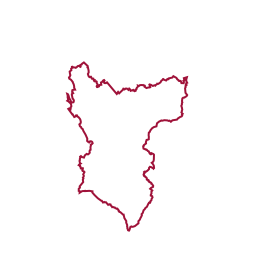 Chom Bueng, Ratchaburi, Thailand (Albers equal-area conic projection), rotated 233°
{"feature_id": "78962969B91114195507687", "entity_name": "Chom Bueng", "entity_type": "district", "adm_level": 2, "iso_a3": "THA", "parent_name": "Thailand", "parent_adm1": "Ratchaburi", "projection": "albers", "projection_center": [99.539, 13.612], "detail": "fine", "context": "isolated", "style": "outline", "palette": "rose", "viewbox_px": 256, "rotation_deg": 233, "n_neighbors": 0, "source": "geoboundaries", "source_scale": "gbopen_adm2", "svg_char_len": 5851}
<svg xmlns="http://www.w3.org/2000/svg" viewBox="0 0 256 256"><g transform="rotate(233 128 128)"><path d="M133.1,205.6L134.2,202.6L132.3,201.7L132.3,200.6L131.1,200.4L130.3,199.4L131.7,197.7L133.6,198.4L134.5,197.9L134.5,197.4L135.2,196.9L136.3,197.0L137.3,196.6L137.7,196.8L139.0,196.8L142.1,195.4L141.6,193.8L143.1,190.4L142.6,189.7L142.9,189.0L143.4,188.8L143.0,187.0L144.8,185.9L145.9,185.6L146.0,185.3L145.6,184.8L145.7,183.1L144.9,181.4L145.0,178.8L145.8,178.0L145.5,177.6L145.7,175.8L145.4,175.3L146.3,174.7L146.5,173.5L146.8,173.0L148.5,172.4L149.8,171.5L149.8,171.2L147.2,170.3L147.3,169.8L148.1,168.7L148.8,166.8L150.9,166.1L151.4,166.8L151.7,166.8L151.9,166.3L152.7,166.3L152.7,166.0L153.8,165.2L155.0,163.4L155.0,161.9L155.9,161.4L155.3,161.1L154.8,159.7L154.8,159.2L154.1,158.3L154.1,157.8L153.9,157.8L153.9,157.1L153.6,157.1L153.1,156.5L153.4,155.5L154.3,155.4L154.6,154.8L155.3,155.0L156.1,152.5L157.3,152.9L158.1,152.8L158.1,152.2L158.6,152.3L158.2,151.3L160.2,150.8L160.9,149.8L160.8,149.0L161.0,148.1L161.3,147.9L162.1,148.1L162.2,147.9L161.8,147.6L161.6,146.6L161.0,141.8L162.8,141.8L162.3,140.0L162.0,139.9L161.9,139.5L177.1,138.7L177.1,137.4L178.1,136.2L178.6,136.4L179.4,136.3L179.5,137.0L180.2,137.3L180.2,137.8L180.7,137.8L180.9,137.2L180.8,136.2L180.3,135.5L180.6,133.8L178.6,132.7L179.4,131.3L179.3,130.2L178.8,130.0L179.0,128.3L179.3,127.9L180.2,128.1L180.5,128.8L180.5,129.2L179.8,129.6L181.1,130.0L182.6,130.0L183.9,130.9L184.6,130.6L184.8,130.0L185.5,129.3L186.1,129.3L186.5,130.2L187.3,129.6L188.3,130.0L189.0,128.9L191.2,129.3L191.5,128.8L191.0,128.7L191.6,128.0L192.4,127.7L193.4,127.8L195.3,128.5L196.0,130.0L197.6,131.1L200.8,132.6L201.0,132.3L201.8,133.1L206.9,132.2L207.0,130.0L206.6,129.2L206.9,128.6L207.0,127.9L205.5,127.1L205.5,126.7L207.2,126.2L207.7,125.0L207.5,124.3L207.5,122.5L208.2,122.2L209.2,120.8L210.3,120.6L210.6,120.0L209.5,119.0L209.5,118.2L208.2,117.5L208.2,115.4L206.1,114.2L204.9,113.8L203.8,111.9L203.9,111.3L202.8,110.8L200.9,111.5L198.1,111.6L197.8,111.4L195.5,110.9L193.7,110.1L192.7,109.3L190.5,108.8L191.3,107.6L191.7,106.3L190.8,105.4L190.1,105.4L190.0,105.0L188.8,105.1L188.9,103.6L188.5,103.2L184.9,101.5L183.7,101.6L182.7,101.4L181.7,100.5L181.4,99.9L182.1,98.5L183.0,98.3L185.4,98.9L186.8,98.9L189.9,100.1L191.4,100.3L191.9,100.0L190.1,99.3L188.9,98.3L186.5,97.2L186.3,95.9L185.2,96.4L182.4,96.9L181.4,96.8L180.2,96.3L179.2,95.6L179.0,94.4L178.2,94.1L177.5,93.3L179.1,92.5L179.2,91.8L172.4,91.7L172.3,92.0L169.1,91.7L168.7,93.5L169.3,94.0L168.9,94.8L167.3,94.6L166.5,95.0L164.2,95.1L162.9,94.8L161.1,93.9L160.2,92.7L160.3,92.3L160.2,91.4L159.6,91.3L158.9,90.8L158.1,90.7L157.0,91.1L155.6,90.7L154.5,91.2L152.5,90.6L148.2,90.1L144.0,89.1L142.3,87.6L141.2,87.7L140.7,88.3L139.8,88.3L139.8,88.8L140.3,89.3L139.9,90.2L139.2,90.8L138.4,91.0L137.1,90.6L136.9,89.5L137.1,88.3L136.4,87.9L135.4,86.6L133.1,85.0L133.2,84.3L133.0,83.8L132.2,83.0L131.3,82.6L131.0,81.6L131.0,80.1L132.2,79.4L132.1,77.1L130.9,75.0L132.6,73.7L133.9,73.5L133.9,72.4L132.9,71.9L132.2,70.8L131.3,70.3L131.2,69.8L130.8,69.4L128.8,68.5L128.1,68.8L128.2,66.9L128.0,66.3L126.7,67.0L126.2,66.5L125.5,66.7L124.2,66.0L123.1,67.7L122.5,67.4L122.0,66.2L121.4,65.9L121.0,65.9L119.8,66.7L119.0,66.7L117.9,64.3L116.5,64.0L115.9,63.4L115.5,62.1L114.5,62.0L113.9,60.8L111.8,59.7L110.5,54.3L109.3,53.7L109.1,52.1L107.4,50.8L106.6,51.4L105.4,50.4L105.2,53.3L103.6,55.9L103.4,55.8L101.0,59.4L98.8,61.5L98.0,60.7L94.8,60.9L90.1,61.6L85.9,62.9L85.6,63.3L83.5,63.2L83.2,64.5L82.7,64.6L82.0,65.7L78.6,65.9L78.6,66.5L78.3,66.8L78.3,67.2L77.9,67.7L77.6,67.7L77.3,68.0L76.6,67.6L75.1,67.9L74.3,67.7L73.9,68.5L73.1,68.9L72.5,69.6L71.6,69.6L71.2,70.0L70.3,70.3L70.0,71.0L67.9,71.0L67.9,70.7L67.7,70.6L66.2,70.6L66.0,70.9L65.2,71.3L61.4,72.0L61.3,72.3L58.2,70.9L54.7,70.6L53.5,69.6L50.9,68.9L49.9,68.0L49.0,67.8L48.5,67.2L46.1,66.5L45.6,66.0L45.9,66.6L45.4,67.1L45.6,67.6L47.6,70.5L47.3,71.5L46.7,71.7L46.2,72.4L45.5,74.4L45.6,79.0L47.3,80.2L47.7,82.3L48.6,83.8L49.2,85.2L50.0,86.6L51.0,87.0L51.3,88.7L52.9,90.9L53.1,92.6L53.6,93.5L53.7,95.7L55.3,98.7L55.3,99.3L55.7,99.7L55.7,100.4L55.1,100.7L55.5,101.5L56.1,102.0L56.2,103.2L57.2,104.2L57.8,105.8L59.0,106.3L60.3,105.5L60.8,105.8L61.7,107.5L63.0,108.3L63.5,109.8L66.1,109.1L66.3,110.5L65.9,112.6L66.8,113.4L69.0,113.4L69.5,113.1L69.9,113.5L70.7,113.4L71.8,112.6L72.0,112.9L72.8,112.7L73.5,112.9L73.6,112.5L74.5,112.8L75.0,112.4L75.1,112.1L75.5,112.0L75.7,112.4L77.1,112.9L77.7,112.8L78.0,112.5L79.0,112.6L79.3,112.2L80.0,112.3L80.2,112.0L81.3,112.3L81.4,112.8L82.1,113.3L81.9,113.8L82.1,114.3L82.9,114.4L82.8,114.7L83.2,114.9L83.1,115.3L82.3,116.0L82.2,117.8L82.5,120.0L83.5,120.8L83.8,122.2L82.4,123.2L81.3,123.5L80.9,124.0L80.2,123.9L80.3,124.7L82.3,125.9L84.2,126.2L85.9,126.0L85.9,127.6L86.3,128.6L87.1,129.5L90.7,132.4L91.2,132.7L91.9,132.6L94.1,131.4L94.1,131.0L93.3,130.5L93.5,130.2L94.6,130.0L96.9,130.5L97.7,130.0L99.3,129.9L99.6,129.4L100.4,129.4L100.8,128.8L102.2,128.0L104.0,128.9L104.1,129.3L104.4,129.5L104.3,130.0L104.8,130.4L104.8,133.1L105.9,133.7L107.3,135.7L106.6,137.2L106.5,137.8L108.5,139.4L109.8,140.1L111.8,141.9L111.7,142.8L112.6,144.4L113.3,147.1L113.2,149.1L112.2,151.7L114.3,154.0L114.4,157.0L114.0,158.3L114.0,159.1L113.3,159.6L112.3,161.8L110.3,164.1L109.3,164.6L108.9,165.6L107.2,166.0L107.4,167.9L107.2,168.5L105.2,172.2L105.6,173.6L105.4,176.5L105.0,177.7L105.2,178.6L105.4,178.9L106.2,179.1L106.4,180.2L107.3,180.0L108.4,180.1L108.7,180.9L109.3,181.3L109.9,182.3L111.8,183.3L113.6,183.9L114.3,185.2L115.4,186.0L115.6,186.7L117.0,187.3L118.9,189.2L119.0,190.3L118.3,191.5L118.4,192.2L118.2,193.4L118.2,194.0L118.7,195.1L121.5,195.1L125.4,197.5L126.0,198.7L126.9,199.1L127.1,200.6L127.9,200.4L128.5,201.3L128.7,201.6L128.5,202.5L128.9,202.6L129.3,202.3L130.8,203.1L131.8,203.1L131.7,203.8L133.1,205.6Z" fill="none" stroke="#9f1239" stroke-width="2"/></g></svg>